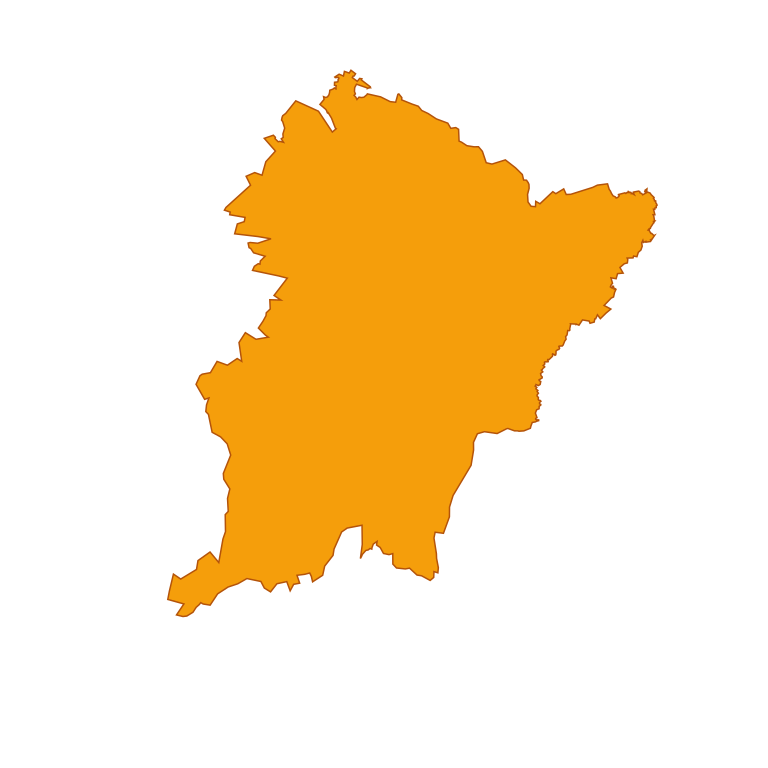 the district of Cape Winelands, Western Cape, South Africa, rotated 199°
{"feature_id": "47623444B8262601395586", "entity_name": "Cape Winelands", "entity_type": "district", "adm_level": 2, "iso_a3": "ZAF", "parent_name": "South Africa", "parent_adm1": "Western Cape", "projection": "equal_earth", "projection_center": [19.211, -33.151], "detail": "fine", "context": "isolated", "style": "filled", "palette": "amber", "viewbox_px": 768, "rotation_deg": 199, "n_neighbors": 0, "source": "geoboundaries", "source_scale": "gbopen_adm2", "svg_char_len": 6169}
<svg xmlns="http://www.w3.org/2000/svg" viewBox="0 0 768 768"><g transform="rotate(199 384 384)"><path d="M561.6,322.5L548.6,311.1L545.0,313.8L545.0,306.4L543.5,299.9L540.1,298.1L530.8,282.4L521.3,280.8L512.8,276.4L505.8,266.9L506.8,247.1L504.5,241.8L495.6,234.6L494.7,224.9L489.8,212.8L491.6,208.8L485.8,192.8L485.8,185.0L482.1,161.4L493.8,168.5L502.4,156.5L500.9,147.6L512.7,133.4L521.2,135.7L519.5,118.3L518.3,109.9L501.6,110.9L505.0,98.1L498.4,98.7L494.9,100.4L490.3,106.0L488.9,111.7L486.8,115.4L486.1,117.6L483.4,117.1L476.4,118.3L473.0,131.4L465.3,141.3L457.2,147.5L450.3,155.4L436.1,157.2L430.7,152.1L423.6,150.5L420.2,160.3L411.6,165.5L405.4,157.9L404.2,165.2L398.9,168.2L404.0,174.8L397.1,178.2L392.7,181.1L390.1,178.5L387.1,173.7L379.7,183.2L380.8,192.5L376.4,205.4L377.5,211.7L375.9,230.3L371.9,235.8L358.8,243.3L352.3,225.2L349.5,211.3L349.0,214.6L349.1,215.6L347.0,220.7L344.9,222.0L343.7,223.9L341.8,223.9L342.1,225.3L342.0,229.2L339.3,232.9L338.6,229.3L334.4,228.2L329.3,223.6L323.7,224.3L320.5,226.5L317.0,216.6L312.3,214.1L303.6,216.1L299.9,218.2L290.6,214.1L286.1,214.9L276.4,213.3L274.0,217.3L275.7,222.9L271.6,223.0L272.8,228.0L277.5,236.2L279.2,240.6L286.6,254.6L287.4,260.5L279.2,262.2L278.9,279.7L282.0,289.0L282.4,301.1L275.2,335.5L277.8,350.7L280.4,358.0L279.5,367.4L273.5,371.6L260.9,374.0L253.4,381.7L252.3,382.3L245.4,382.2L242.3,383.2L241.0,383.3L236.5,385.2L231.2,389.8L231.4,392.2L231.3,395.9L228.3,397.6L227.7,398.4L225.8,399.7L226.1,400.4L228.1,399.7L229.2,400.1L229.4,400.9L228.4,402.0L231.4,405.8L231.3,409.3L229.3,411.1L230.0,413.4L228.9,415.1L229.1,415.7L230.5,415.9L230.9,417.1L230.0,418.8L230.9,419.3L232.5,419.1L233.1,419.5L233.6,421.5L235.4,422.5L235.7,423.6L235.0,425.6L236.8,426.7L236.4,428.0L238.5,428.7L238.9,429.2L238.4,430.6L240.4,431.2L240.0,432.2L240.1,433.0L237.5,432.8L236.2,434.4L236.6,437.4L238.2,437.7L238.8,438.3L236.4,441.3L236.8,442.3L238.2,443.0L239.4,444.9L237.8,447.2L239.7,448.4L239.0,449.4L238.9,450.3L237.6,452.4L237.7,452.7L239.5,453.3L238.5,455.3L239.4,456.8L238.9,457.4L236.1,458.4L236.1,459.0L237.1,459.8L237.1,460.5L235.9,460.8L233.8,464.9L233.7,465.8L234.4,466.8L234.4,467.4L232.5,467.3L231.7,466.8L231.1,467.4L231.3,468.9L232.1,471.1L231.1,472.8L229.9,473.6L229.6,475.0L230.9,476.3L230.8,476.8L227.8,478.0L227.3,479.2L227.1,483.5L226.4,485.6L227.7,487.9L226.9,490.0L227.7,494.4L226.1,494.8L225.8,495.5L226.4,496.8L226.9,501.1L227.3,501.6L221.8,503.2L221.7,502.8L221.2,503.2L218.8,503.1L217.2,509.2L210.5,510.3L209.0,508.5L205.4,511.0L205.9,514.2L205.1,514.5L204.7,518.9L200.7,516.2L197.0,523.6L193.9,528.7L201.5,529.9L197.1,539.3L195.3,541.0L195.8,545.7L195.5,549.1L196.4,549.4L197.2,548.6L198.1,550.1L198.7,549.7L199.0,551.1L199.7,550.9L199.6,549.0L201.6,549.5L201.4,552.0L200.7,553.6L204.0,558.3L198.8,559.1L199.1,564.4L194.0,566.7L198.9,571.0L195.9,576.0L193.3,577.7L194.0,581.0L195.1,582.2L189.6,584.3L189.7,586.2L186.3,586.7L186.4,591.3L184.7,594.3L184.7,598.3L186.3,601.4L186.0,604.1L184.8,602.3L182.8,604.1L182.5,603.4L178.4,605.5L178.3,606.6L178.9,607.0L178.4,607.6L178.0,607.1L176.5,612.7L177.0,612.2L180.1,613.6L180.7,613.3L183.4,615.6L184.4,615.5L184.0,616.7L183.4,616.6L183.5,617.3L182.8,617.9L183.0,618.4L181.5,624.5L182.0,624.5L181.5,624.6L182.1,625.4L181.1,625.9L180.9,626.4L181.3,626.3L183.7,630.8L184.7,631.7L183.0,632.3L186.1,637.0L184.8,637.3L185.2,638.5L184.0,639.4L184.6,641.1L184.0,641.7L184.1,642.0L184.5,642.7L185.9,643.7L186.8,645.6L187.8,645.2L188.8,646.8L189.7,647.3L189.4,648.3L193.0,650.0L194.6,651.2L198.2,651.3L198.9,654.1L199.9,652.6L199.7,652.0L200.1,652.1L200.1,650.7L197.9,650.5L201.0,647.1L202.3,648.0L204.2,648.1L204.8,649.2L206.1,649.3L210.6,646.7L210.2,646.2L210.7,645.8L210.6,645.3L210.0,645.3L209.1,644.5L211.5,644.9L212.2,644.4L212.8,645.5L214.2,645.4L214.4,644.9L215.7,645.5L215.7,644.4L216.4,644.4L217.4,642.9L218.4,643.2L224.0,639.5L224.0,639.2L223.0,638.9L223.0,638.0L223.8,636.4L225.1,635.4L226.0,636.2L228.7,636.5L230.9,638.2L232.8,640.2L234.4,641.3L237.8,646.0L238.3,645.8L247.0,641.5L250.6,637.9L269.1,624.2L273.4,622.5L277.6,627.0L283.5,619.9L287.0,620.8L295.2,605.2L300.0,606.1L298.5,601.0L302.8,599.9L307.1,603.0L310.0,610.0L310.5,616.3L311.9,619.9L313.2,621.3L315.6,623.1L318.4,622.3L321.4,627.1L330.0,631.2L342.2,635.4L353.5,627.1L359.4,626.5L366.7,636.0L371.9,639.1L376.0,637.6L383.2,636.3L389.4,637.9L392.1,638.1L396.4,649.1L399.6,649.8L404.1,647.5L408.6,651.4L420.8,651.7L430.3,654.1L437.4,654.9L442.0,657.8L448.6,657.8L459.8,658.4L460.4,660.6L464.4,663.1L465.2,662.4L464.7,654.2L470.1,653.0L480.7,654.4L494.2,652.9L494.4,651.9L496.4,648.6L498.6,647.5L501.0,647.1L502.2,644.2L504.0,646.0L506.3,647.2L505.5,649.0L507.2,651.0L508.2,654.7L507.6,658.5L496.0,658.5L495.9,658.0L494.9,658.9L493.3,659.7L494.1,660.1L493.9,660.6L504.4,664.1L504.3,665.4L506.5,665.0L507.8,661.5L513.7,663.4L513.5,665.0L512.5,665.5L511.9,668.1L517.4,669.9L518.1,666.7L523.2,666.7L522.6,662.0L527.3,662.3L530.5,658.2L529.8,657.8L527.2,659.0L526.2,658.6L526.5,656.6L526.1,656.0L526.1,654.6L529.0,653.2L528.1,650.3L526.3,650.5L525.8,647.6L524.7,647.1L527.3,647.8L528.4,646.1L530.9,644.1L530.4,642.1L530.2,639.6L530.9,637.1L532.4,635.9L534.7,636.0L533.3,633.6L535.6,627.5L528.7,624.8L527.4,623.9L525.9,622.0L525.1,621.8L525.7,622.9L520.2,618.3L513.3,610.1L512.3,609.8L514.9,605.4L534.8,620.6L559.6,623.0L565.0,607.9L567.1,604.7L567.2,603.0L566.8,600.2L565.2,599.1L561.2,593.6L561.0,587.5L559.6,584.3L561.0,582.4L557.7,579.8L561.5,579.5L562.9,578.6L566.9,580.5L567.0,581.9L569.6,583.2L577.2,577.3L562.5,568.9L568.1,555.7L567.3,541.7L575.1,541.8L582.0,535.5L574.9,528.5L590.9,499.5L591.5,496.4L585.4,496.5L585.0,493.8L569.6,496.3L569.0,492.0L574.8,487.6L574.1,477.4L551.1,482.4L538.1,484.5L549.2,476.0L556.7,474.2L558.4,473.0L556.0,469.0L554.1,468.7L550.0,465.6L538.0,466.1L541.0,460.0L540.3,456.9L542.1,456.8L544.9,453.1L545.3,448.6L518.7,451.9L509.9,452.6L516.8,431.9L508.8,429.8L519.4,426.5L516.0,417.9L518.5,413.0L517.8,410.2L518.9,403.8L521.0,396.0L512.2,391.7L508.6,390.6L519.6,384.6L531.8,387.4L534.6,376.0L525.9,359.1L531.1,360.3L538.2,350.8L549.2,351.0L551.8,338.2L559.1,334.1L560.7,331.9L561.6,322.5Z" fill="#f59e0b" stroke="#b45309" stroke-width="1.5"/></g></svg>